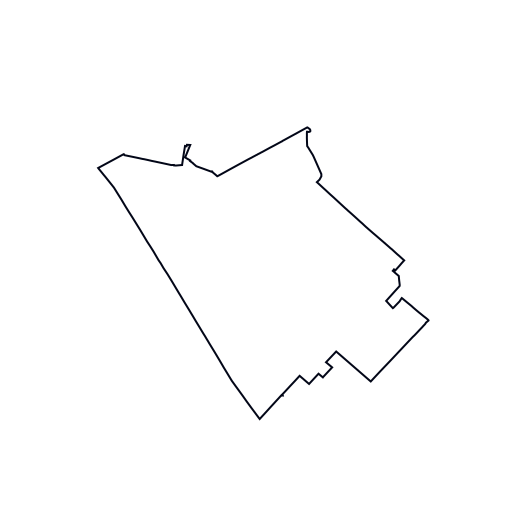 Cerchezu, Constanta, Romania (Natural Earth projection), rotated 32°
{"feature_id": "2599482B21562534205854", "entity_name": "Cerchezu", "entity_type": "district", "adm_level": 2, "iso_a3": "ROU", "parent_name": "Romania", "parent_adm1": "Constanta", "projection": "natural_earth1", "projection_center": [28.101, 43.844], "detail": "fine", "context": "isolated", "style": "outline", "palette": "ink", "viewbox_px": 512, "rotation_deg": 32, "n_neighbors": 0, "source": "geoboundaries", "source_scale": "gbopen_adm2", "svg_char_len": 3549}
<svg xmlns="http://www.w3.org/2000/svg" viewBox="0 0 512 512"><g transform="rotate(32 256 256)"><path d="M75.5,265.0L76.5,265.4L82.7,267.5L83.2,267.7L86.3,268.7L92.0,270.7L99.3,273.3L104.8,276.0L111.6,279.3L119.0,283.1L124.7,285.9L130.4,288.6L137.1,291.9L143.6,295.1L148.7,297.7L155.9,301.4L161.1,303.8L166.7,306.5L175.6,311.2L178.9,312.6L184.0,315.3L190.6,318.3L192.0,319.0L198.2,322.1L205.4,325.8L210.3,328.3L213.9,330.1L219.9,333.2L224.1,335.3L228.3,337.4L231.2,338.9L234.0,340.3L239.4,343.1L244.4,345.6L250.1,348.5L253.3,350.1L255.2,351.0L257.7,352.3L260.9,353.9L262.2,354.6L266.2,356.6L272.0,359.5L280.4,363.8L284.6,366.0L288.0,367.8L293.8,370.7L301.5,374.6L307.1,376.9L312.6,379.1L316.8,380.8L318.3,381.4L325.2,384.3L332.2,387.1L345.5,392.3L348.0,378.7L348.5,375.9L351.3,360.8L351.7,360.9L351.9,360.7L352.0,360.4L352.6,360.1L351.7,359.3L352.5,355.4L353.8,348.5L355.2,341.5L356.5,334.5L368.8,336.4L371.4,322.7L377.0,323.5L377.0,323.4L379.6,310.1L371.7,309.0L371.8,308.6L372.3,306.0L374.6,294.5L419.8,301.6L422.5,287.8L425.4,273.8L430.0,250.7L431.5,243.2L431.9,241.3L432.4,239.5L432.9,237.1L433.4,234.6L433.9,232.0L434.8,227.7L434.8,227.4L435.4,224.5L435.5,223.8L435.5,222.9L435.4,222.7L435.5,222.2L435.7,221.7L435.9,221.1L436.3,219.9L436.4,219.6L436.5,219.3L436.4,219.2L436.1,219.0L434.4,218.7L432.8,218.5L429.7,218.2L426.7,217.8L424.0,217.5L420.4,217.0L416.5,216.4L414.4,216.0L408.1,215.2L402.2,214.4L401.9,214.4L401.8,216.3L401.8,218.4L400.9,222.7L400.0,227.0L399.7,227.7L394.9,226.4L391.0,225.3L390.2,225.1L392.5,211.9L393.7,205.4L393.3,204.5L391.4,202.1L390.8,201.4L389.1,199.2L387.7,197.3L387.2,197.2L383.0,196.6L381.5,196.3L379.9,196.1L380.0,195.3L380.0,195.2L380.1,194.2L381.8,194.3L382.9,187.9L383.3,185.1L384.0,181.2L381.1,180.7L377.2,180.0L375.1,179.7L371.8,179.1L369.2,178.6L367.6,178.3L365.7,178.1L364.7,177.9L360.4,177.2L353.4,176.1L350.1,175.6L346.9,175.1L343.4,174.6L339.7,174.0L336.5,173.5L336.4,173.5L335.5,173.3L334.6,173.2L331.9,172.7L329.0,172.1L327.1,171.8L325.3,171.5L319.9,170.5L314.8,169.6L311.8,169.1L309.9,168.8L308.5,168.5L308.4,168.5L307.9,168.4L307.1,168.3L306.0,168.1L299.1,166.8L292.8,165.6L291.3,165.3L289.0,164.9L286.1,164.4L283.5,163.9L281.4,163.5L279.9,163.2L278.1,162.9L268.5,161.1L269.4,157.6L269.2,153.8L268.0,151.9L264.3,149.4L252.5,141.4L250.6,140.2L244.9,137.4L242.9,136.4L241.2,135.7L240.2,134.3L238.5,131.8L236.5,128.8L235.3,126.8L234.2,125.1L233.8,124.4L233.4,123.6L234.0,123.2L234.6,123.1L235.5,122.4L235.9,121.8L235.9,121.2L235.0,120.2L234.3,119.9L232.9,119.8L231.6,119.7L231.3,119.8L231.2,120.0L228.6,124.6L225.7,129.8L222.2,136.0L221.3,137.6L218.0,143.5L217.5,144.3L217.4,144.7L217.4,144.8L216.6,146.1L212.8,152.8L210.4,156.9L207.7,161.7L206.2,164.4L205.5,165.5L204.7,167.0L203.7,168.6L203.2,169.6L202.5,170.7L201.9,171.8L200.6,174.0L200.2,174.8L199.4,176.1L198.0,178.5L196.3,181.5L194.1,185.4L193.8,185.9L187.8,196.6L183.7,204.0L181.0,208.8L180.9,208.9L178.6,208.5L177.1,208.3L175.6,208.1L174.7,207.9L174.1,207.5L173.9,207.6L174.1,207.9L174.2,208.0L164.7,210.0L157.8,211.5L153.4,210.8L153.0,210.6L152.0,210.6L149.7,210.4L149.6,209.8L143.7,210.0L141.4,196.7L138.5,198.3L139.0,199.8L137.5,200.3L141.2,209.1L145.0,217.8L145.1,218.0L140.3,221.6L138.8,222.5L138.7,222.3L138.6,222.2L138.3,222.2L138.2,222.3L137.2,222.9L136.4,223.5L136.0,223.7L135.6,223.9L131.4,225.4L125.6,227.5L121.5,229.0L120.9,229.2L117.2,230.6L116.3,230.9L113.4,231.9L109.8,233.2L108.4,233.8L105.3,234.9L102.3,236.0L91.0,240.2L89.9,239.7L89.8,239.8L84.5,249.2L75.5,265.0Z" fill="none" stroke="#020617" stroke-width="2"/></g></svg>